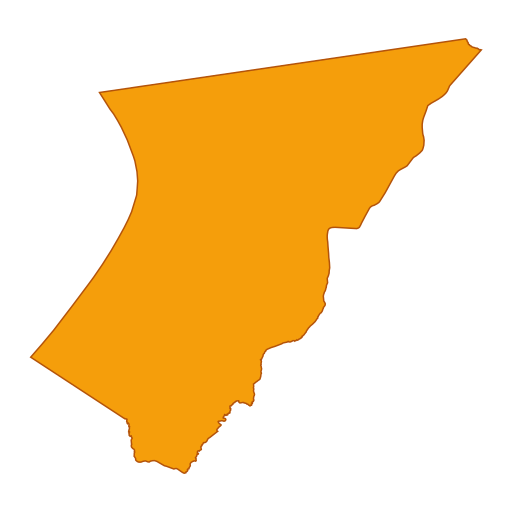 Chiengi, Luapula, Zambia (Albers equal-area conic projection)
{"feature_id": "96606910B82152127957425", "entity_name": "Chiengi", "entity_type": "district", "adm_level": 2, "iso_a3": "ZMB", "parent_name": "Zambia", "parent_adm1": "Luapula", "projection": "albers", "projection_center": [29.176, -8.776], "detail": "fine", "context": "isolated", "style": "filled", "palette": "amber", "viewbox_px": 512, "rotation_deg": 0, "n_neighbors": 0, "source": "geoboundaries", "source_scale": "gbopen_adm2", "svg_char_len": 6056}
<svg xmlns="http://www.w3.org/2000/svg" viewBox="0 0 512 512"><path d="M449.7,85.7L481.3,49.9L480.5,49.7L480.4,49.9L479.0,49.6L478.8,49.2L478.4,49.0L478.1,48.7L477.2,48.4L477.0,48.1L476.4,48.2L475.7,48.1L474.5,47.6L473.5,47.4L472.0,46.9L470.9,45.9L470.3,45.7L469.7,45.3L469.4,44.6L468.6,44.4L468.2,43.5L468.1,42.5L467.3,41.6L466.9,40.0L466.1,39.4L465.7,38.8L99.5,92.5L110.0,109.1L113.6,113.9L117.6,120.5L121.4,127.4L127.3,140.0L133.5,156.5L134.9,160.9L137.0,171.7L137.7,181.0L137.2,188.5L136.7,194.8L136.4,196.1L131.6,211.8L128.1,219.8L124.2,227.6L118.2,238.5L111.0,250.9L102.6,264.2L93.7,277.2L88.7,284.0L73.2,304.7L53.7,330.2L42.1,344.1L30.7,357.2L123.9,418.2L124.8,418.5L125.0,418.9L125.6,418.8L126.4,419.1L126.7,419.0L127.0,419.3L127.0,419.6L126.9,419.7L126.8,420.2L126.8,420.6L126.7,421.3L127.0,421.4L127.0,421.8L126.9,422.0L127.1,422.5L127.1,423.0L127.4,423.5L127.6,423.1L128.2,423.0L128.7,423.6L129.0,424.4L128.8,426.3L128.9,426.5L129.4,426.5L129.6,426.7L129.5,427.0L129.2,426.8L129.2,427.0L129.3,427.2L129.4,428.9L129.0,429.8L128.7,431.4L129.2,431.5L129.6,432.0L129.4,432.4L129.1,432.5L129.0,432.8L128.8,432.9L129.3,434.0L129.1,434.7L129.1,435.1L129.3,435.5L129.7,435.8L130.1,436.3L131.1,435.9L131.4,436.9L131.8,437.3L131.8,437.7L132.1,438.1L132.1,438.5L131.5,439.3L131.2,440.2L131.5,443.6L131.7,444.3L131.6,444.7L131.3,445.1L131.4,446.7L131.6,447.2L132.0,447.5L132.6,448.4L134.0,449.3L134.5,450.1L134.4,451.3L134.6,451.4L134.6,451.6L134.4,451.7L134.6,452.5L134.4,452.6L134.3,453.2L134.2,455.7L134.1,456.2L134.5,456.7L135.6,458.4L135.7,460.0L136.2,460.6L137.4,461.6L138.8,462.1L141.0,462.1L143.1,461.3L145.4,460.9L148.0,461.9L149.3,462.0L150.3,461.2L152.5,460.7L154.6,460.6L156.9,461.4L164.3,465.7L166.6,466.3L173.9,469.0L175.0,468.6L176.3,468.5L177.4,468.9L182.4,472.4L184.1,473.2L184.5,473.2L185.9,472.7L185.8,472.1L186.9,471.5L187.5,470.9L187.7,470.5L187.4,469.7L187.5,469.4L187.6,469.2L188.4,469.0L189.0,468.7L188.9,468.1L190.2,466.0L190.3,465.5L190.1,464.0L190.5,463.2L191.1,462.4L192.9,461.3L193.5,461.2L193.8,460.9L194.5,460.8L195.3,461.2L195.9,461.0L196.2,460.4L196.0,459.7L196.1,458.7L195.6,458.2L195.5,457.5L196.1,457.0L196.6,456.2L196.9,454.9L197.1,454.5L197.6,454.4L198.3,454.0L198.4,453.6L198.1,453.3L197.5,453.4L197.3,453.2L197.5,451.5L197.7,451.2L198.3,450.8L199.0,450.9L199.2,451.1L199.3,451.0L200.1,450.2L200.8,449.9L201.3,449.5L201.0,447.5L200.8,447.0L201.4,446.0L201.6,446.0L201.7,445.6L202.0,445.4L201.9,444.9L202.9,444.0L203.4,442.8L203.5,442.7L204.0,442.5L204.4,442.7L205.6,442.3L206.7,441.3L207.9,438.9L208.5,438.3L209.9,437.4L217.7,431.3L217.0,430.8L216.8,429.8L217.1,429.2L219.1,426.9L220.2,426.1L221.0,425.3L221.1,424.9L219.3,423.5L218.5,422.6L218.2,421.5L218.6,421.2L219.9,421.1L222.1,420.6L223.3,421.1L224.6,421.1L225.3,420.7L225.7,420.0L225.8,419.3L225.5,418.8L224.7,418.3L223.3,418.1L223.2,417.2L223.7,416.6L224.5,415.3L224.6,414.6L225.3,414.8L225.7,415.4L225.9,415.4L226.7,415.1L226.9,414.5L227.1,414.6L227.2,414.8L227.4,414.9L227.6,414.9L227.9,414.4L227.8,413.9L228.5,413.2L229.7,413.1L229.9,412.8L229.7,412.5L229.9,412.3L229.9,411.3L230.3,410.8L230.6,410.2L230.4,409.2L230.8,408.9L230.5,408.3L230.0,408.1L230.2,407.8L230.0,407.4L229.9,406.4L230.3,406.0L230.3,405.8L231.2,405.8L231.4,405.7L231.5,405.2L232.2,404.8L232.5,404.3L233.0,404.1L233.0,403.5L233.2,403.4L233.7,402.9L234.6,402.6L234.8,402.1L235.2,402.0L235.6,401.4L236.1,401.4L236.2,401.2L237.0,400.8L237.8,400.9L238.6,400.8L238.7,401.8L239.0,402.0L239.3,402.5L239.8,402.9L240.3,402.9L243.1,402.4L243.4,402.6L243.9,402.6L244.2,403.0L244.8,403.0L246.6,403.6L247.0,404.2L247.8,404.2L248.8,405.2L249.7,405.5L250.0,405.9L250.4,405.4L251.1,405.3L251.5,405.2L251.5,403.9L252.0,403.9L252.2,403.7L252.4,403.4L252.4,402.7L252.3,402.4L252.0,402.2L252.9,401.7L253.0,401.3L253.4,401.3L253.8,400.3L253.9,400.0L253.6,399.6L253.5,398.5L253.8,396.3L254.2,395.7L254.5,394.6L254.4,393.8L253.7,391.9L253.5,390.5L253.8,389.0L253.4,387.8L253.7,386.7L253.5,384.0L254.4,383.4L256.3,381.8L256.9,381.5L257.9,380.6L259.0,379.9L259.8,379.3L260.0,378.9L260.7,376.6L261.0,374.1L261.4,373.4L261.3,372.7L261.0,372.2L261.0,371.2L261.5,369.6L261.5,369.1L261.6,368.6L261.2,367.0L261.2,366.1L260.7,365.4L260.8,364.8L261.2,364.3L261.0,363.1L261.3,362.3L261.4,361.3L261.0,360.4L260.5,359.8L260.8,359.4L261.4,359.5L261.5,359.2L263.0,356.0L263.2,354.6L263.7,353.8L264.3,353.3L264.8,352.0L265.0,351.6L265.8,351.0L265.8,350.4L267.1,349.3L269.2,348.4L271.3,347.5L274.9,346.4L281.7,343.8L283.2,342.9L286.2,342.3L287.6,341.9L288.1,341.4L288.5,341.5L288.8,341.9L290.1,342.0L291.7,341.4L292.9,340.6L294.3,340.7L294.7,341.1L295.0,340.7L295.8,340.7L296.8,339.8L297.3,340.2L297.7,340.1L298.8,339.5L299.0,339.1L300.0,338.8L300.5,338.2L301.2,338.0L301.5,337.7L301.5,337.3L302.1,337.0L302.0,336.6L302.1,336.3L302.4,336.4L302.9,335.7L303.8,335.0L305.6,332.6L306.1,332.1L306.4,331.1L308.7,327.7L309.4,327.1L310.2,326.1L311.0,325.4L312.5,324.2L315.2,321.5L317.2,318.5L317.7,318.2L317.9,316.6L318.2,316.5L318.6,315.6L320.0,313.5L320.5,313.0L321.1,312.8L322.1,311.3L322.6,310.1L322.6,309.7L323.3,308.4L323.4,307.6L325.0,305.4L325.3,303.9L324.7,302.4L323.8,301.1L323.3,296.1L323.7,294.2L324.1,293.2L324.3,292.3L325.2,290.8L325.6,289.6L325.9,288.2L326.2,287.6L326.5,285.2L327.6,282.8L327.2,278.4L328.4,275.7L329.1,273.1L329.2,270.8L329.7,267.8L329.4,262.5L328.8,257.5L328.6,253.5L328.0,246.5L327.7,241.9L327.3,239.0L327.2,236.2L327.3,234.6L327.9,230.8L328.7,229.1L329.8,228.2L330.9,227.7L332.8,227.4L335.3,227.3L356.7,228.6L358.4,228.0L359.4,227.2L360.7,224.9L361.5,223.1L365.0,216.4L369.5,208.2L370.4,207.1L371.8,206.1L372.9,205.6L374.1,205.3L377.1,203.7L378.8,202.5L379.6,201.6L385.2,192.7L394.4,175.9L396.1,173.2L398.4,170.8L400.5,169.5L405.2,167.0L407.1,165.8L413.0,158.0L414.0,157.1L416.2,155.8L419.8,152.9L422.0,150.6L422.5,149.8L423.1,148.0L423.8,145.2L424.1,140.3L423.6,136.8L423.0,134.9L422.7,133.3L422.2,127.5L422.2,124.2L422.8,120.2L423.7,117.2L426.0,111.1L427.8,105.6L431.0,103.3L438.5,99.0L442.3,96.4L444.5,94.5L446.2,92.7L447.4,90.9L449.7,85.7Z" fill="#f59e0b" stroke="#b45309" stroke-width="1.5"/></svg>